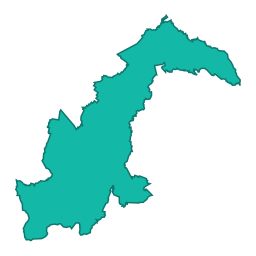 the district of San Martín Hidalgo, Jalisco, Mexico
{"feature_id": "50627088B74426866843112", "entity_name": "San Martín Hidalgo", "entity_type": "district", "adm_level": 2, "iso_a3": "MEX", "parent_name": "Mexico", "parent_adm1": "Jalisco", "projection": "robinson", "projection_center": [-103.893, 20.459], "detail": "fine", "context": "isolated", "style": "filled", "palette": "teal", "viewbox_px": 256, "rotation_deg": 0, "n_neighbors": 0, "source": "geoboundaries", "source_scale": "gbopen_adm2", "svg_char_len": 5753}
<svg xmlns="http://www.w3.org/2000/svg" viewBox="0 0 256 256"><path d="M16.4,180.1L17.4,186.1L16.4,186.4L16.6,187.8L15.8,189.3L17.7,192.3L17.3,193.1L17.7,194.8L17.2,195.4L19.8,195.7L19.7,197.6L20.5,200.4L22.3,203.9L22.6,210.1L25.8,211.0L26.1,212.6L27.6,213.3L29.2,218.4L27.8,221.3L25.8,223.3L23.3,228.8L24.1,230.7L23.6,231.8L24.2,232.5L24.8,237.2L26.3,239.8L29.0,239.6L30.9,240.6L32.9,239.0L41.5,238.6L44.6,237.2L46.8,235.2L47.6,233.4L46.5,231.3L46.9,227.2L49.4,226.0L50.3,224.8L54.6,224.1L57.9,224.8L58.6,223.9L60.5,223.8L63.4,226.8L66.6,227.4L69.9,226.3L71.6,228.7L75.8,223.0L78.6,222.9L79.7,224.0L80.0,230.1L79.4,232.7L80.5,235.0L82.7,234.8L84.0,233.7L86.4,234.3L90.3,232.6L90.5,229.9L91.4,228.0L92.0,227.9L92.1,225.8L94.1,224.7L95.8,222.6L97.0,222.9L97.1,221.5L97.6,221.3L96.4,219.7L98.2,220.2L100.4,219.3L101.9,217.3L104.3,217.2L105.3,215.1L104.4,214.3L104.9,213.9L105.0,211.8L102.5,211.5L102.9,209.5L105.9,203.4L107.7,202.6L108.6,199.0L108.0,198.3L110.8,191.3L109.8,190.7L110.5,190.2L110.3,189.5L112.8,185.7L113.6,186.0L113.2,187.8L113.9,188.1L113.5,189.5L112.5,188.2L112.4,188.5L113.4,189.7L113.2,190.5L113.1,189.7L112.6,190.3L112.9,191.7L112.5,192.0L114.0,194.8L119.3,197.0L119.3,202.6L120.0,204.0L122.9,205.1L122.2,206.1L123.3,206.0L123.7,207.0L124.6,206.7L125.4,205.4L125.6,203.3L127.2,204.2L127.4,203.5L126.4,203.0L126.5,202.5L138.9,203.0L139.4,202.4L143.2,202.3L146.7,199.5L147.9,197.2L149.6,195.9L152.2,195.2L146.4,189.3L145.6,189.3L145.1,190.6L143.4,189.3L144.4,187.5L144.2,187.1L150.0,183.7L146.9,182.8L147.6,180.5L146.5,180.2L146.4,178.6L139.5,176.0L138.5,177.3L137.9,177.1L138.0,176.4L134.7,175.4L134.3,177.2L132.3,176.7L132.0,178.5L132.4,179.4L126.4,168.0L124.8,167.6L125.1,165.0L124.4,164.9L124.4,164.0L125.1,162.5L127.1,161.3L128.7,155.7L130.1,154.1L130.9,151.3L132.3,151.4L131.2,147.9L132.0,146.9L131.7,145.6L130.9,145.2L130.9,141.6L129.5,141.0L130.3,139.6L130.5,136.4L131.1,135.7L131.1,132.4L131.8,132.3L132.0,131.0L131.0,130.9L131.0,127.3L129.3,127.6L130.0,125.2L129.9,124.1L129.1,123.8L129.4,122.4L130.7,120.6L131.3,120.6L131.5,121.5L131.6,120.5L133.1,120.6L133.5,119.0L132.7,118.7L134.0,117.9L133.0,118.1L133.0,117.2L132.6,117.0L132.9,116.2L136.1,116.1L135.9,115.0L135.2,114.9L136.9,113.2L136.4,111.1L137.9,110.4L138.6,111.1L142.1,109.4L143.6,109.7L144.1,109.0L144.4,108.4L143.5,105.1L143.9,104.9L143.1,103.6L144.2,102.1L144.0,101.1L144.7,99.6L146.2,99.3L146.0,98.8L147.0,99.4L149.6,99.1L150.6,97.8L151.6,94.9L151.4,91.9L150.1,92.1L149.1,91.2L149.8,89.8L148.8,87.8L147.8,87.2L149.4,84.7L151.6,83.4L152.2,81.4L152.7,81.7L153.0,80.8L152.2,80.3L153.1,77.7L156.0,74.6L156.7,74.8L154.5,65.6L162.8,64.2L164.4,62.7L165.2,65.2L164.5,65.9L162.7,66.3L161.9,67.0L161.9,68.1L165.5,72.1L165.5,70.5L167.2,70.4L167.5,71.4L169.3,71.3L169.3,72.1L172.0,72.0L172.1,70.3L173.6,69.1L175.5,69.5L177.2,69.0L177.2,68.4L179.4,69.8L183.7,70.5L183.9,69.9L184.7,70.0L184.5,70.7L186.7,70.7L188.4,71.5L189.0,71.0L188.8,72.4L191.6,72.5L193.3,73.8L196.3,74.8L195.9,75.1L196.6,74.7L193.9,71.4L194.3,71.1L193.8,70.1L194.0,69.3L195.2,69.9L195.7,69.3L197.6,70.7L198.0,71.9L199.0,72.0L199.7,69.5L200.3,69.1L201.5,68.4L204.5,68.3L207.2,70.2L211.9,75.3L213.9,75.5L214.3,74.1L215.4,74.2L221.5,79.3L222.6,78.8L225.5,79.2L226.2,81.2L227.3,81.4L227.4,82.2L229.6,83.2L230.6,83.0L230.5,83.7L231.6,83.8L232.3,85.3L235.3,85.0L235.9,83.8L236.8,83.9L236.9,83.1L238.1,83.4L238.8,82.9L238.8,83.4L239.9,85.0L240.1,84.9L239.7,84.3L240.2,80.0L236.6,75.4L236.4,73.5L235.3,71.8L235.7,69.7L233.2,67.4L232.8,65.3L230.7,61.6L228.1,58.5L227.5,54.4L224.1,51.1L219.3,50.8L217.9,49.8L217.1,48.4L216.1,48.5L214.9,47.8L211.6,48.1L210.2,46.4L209.5,46.8L208.8,46.1L206.7,45.9L205.7,43.7L204.8,43.1L205.1,42.2L204.6,41.4L203.0,41.7L198.9,40.0L198.0,39.4L197.6,37.8L195.8,39.7L194.6,40.0L194.8,39.2L191.9,39.7L192.5,41.6L190.5,40.9L187.1,38.0L187.7,37.8L187.2,35.3L186.3,35.6L185.6,33.4L183.8,34.1L183.1,32.0L182.2,32.4L181.9,31.3L181.2,31.6L180.5,30.4L178.6,31.3L177.3,28.9L173.7,26.0L173.0,23.3L171.8,23.4L171.8,22.0L171.1,22.0L171.0,20.1L167.2,22.1L165.4,21.6L162.9,23.0L162.0,22.7L163.6,20.7L163.4,20.0L167.5,17.3L166.2,15.4L165.8,16.4L161.8,19.3L161.9,22.7L160.9,23.2L161.0,24.7L158.9,26.0L159.5,26.9L158.6,27.4L158.0,26.5L156.8,27.7L156.7,29.5L155.9,29.4L155.2,30.3L153.6,29.8L152.0,30.3L150.6,29.1L147.3,29.2L148.0,30.2L145.9,30.6L144.1,34.7L141.8,35.6L142.6,37.5L137.2,43.7L117.3,54.3L119.3,56.1L120.6,56.2L120.9,58.2L126.0,61.7L128.5,64.9L128.2,65.4L126.9,64.5L126.4,65.1L127.2,66.0L125.2,69.3L125.0,68.9L122.3,72.5L121.5,72.0L119.6,74.5L117.9,73.3L116.8,74.8L113.0,76.5L112.7,77.5L107.7,77.1L106.5,76.0L103.8,75.5L103.5,76.7L102.1,76.8L101.9,78.1L102.5,79.5L100.6,81.4L94.4,82.5L95.3,83.3L93.7,85.7L95.9,87.4L94.2,89.8L98.1,92.7L96.4,95.1L97.7,96.0L96.0,98.4L98.6,100.3L96.9,102.8L94.4,100.8L92.7,103.3L91.4,102.3L89.8,104.7L89.0,104.1L87.7,106.1L86.7,105.5L85.3,108.0L84.4,107.3L82.4,107.4L83.1,108.5L82.9,109.3L83.7,109.4L83.8,110.9L81.1,116.4L80.9,120.2L82.0,121.2L81.5,123.8L82.7,125.1L82.2,125.9L80.7,125.0L80.1,126.7L79.2,126.7L78.6,128.1L77.8,127.3L76.2,129.6L74.2,125.8L60.7,109.9L59.9,111.5L58.7,119.9L52.3,118.9L50.7,120.1L50.0,119.9L49.5,122.6L48.9,122.5L48.4,126.5L47.7,126.4L47.5,127.4L49.4,127.9L48.3,132.0L49.0,132.2L48.7,133.4L50.7,133.7L47.7,142.3L46.7,143.3L46.3,146.3L44.5,148.6L45.0,152.6L43.7,153.3L43.3,159.0L42.1,160.6L46.3,168.3L47.6,168.4L49.7,170.1L50.6,172.2L52.3,174.1L52.1,175.7L51.1,176.6L51.0,177.6L48.5,178.2L48.7,179.1L47.2,180.5L46.7,180.4L46.8,179.6L44.8,181.3L40.5,180.8L40.0,181.8L38.9,182.0L37.8,183.2L35.5,183.2L34.4,185.7L33.5,184.0L30.9,183.3L30.4,185.1L29.3,185.1L29.3,185.8L26.9,185.2L26.1,185.6L25.8,184.8L24.8,185.1L24.6,184.3L23.1,184.0L22.5,182.7L20.2,180.9L17.8,181.0L16.4,180.1Z" fill="#14b8a6" stroke="#0f766e" stroke-width="1.5"/></svg>